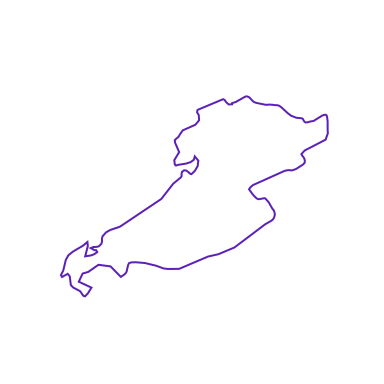 the border of Waterford, rotated 151°
{"feature_id": "IRL-1444", "entity_name": "Waterford", "entity_type": "County", "adm_level": 1, "iso_a3": "IRL", "parent_name": "Ireland", "parent_adm1": "", "projection": "natural_earth1", "projection_center": [-7.576, 52.152], "detail": "fine", "context": "isolated", "style": "outline", "palette": "violet", "viewbox_px": 384, "rotation_deg": 151, "n_neighbors": 0, "source": "natural_earth", "source_scale": "10m", "svg_char_len": 2206}
<svg xmlns="http://www.w3.org/2000/svg" viewBox="0 0 384 384"><g transform="rotate(151 192 192)"><path d="M337.3,153.8L337.6,155.5L337.8,158.9L338.6,160.5L342.2,166.0L343.1,169.3L339.8,177.5L340.4,180.7L346.9,180.7L346.9,182.9L342.8,185.6L335.3,193.8L330.8,196.6L325.0,197.6L313.3,197.9L307.7,199.0L309.3,195.3L316.6,187.5L310.8,185.4L307.6,185.0L304.0,185.4L304.0,187.5L305.5,188.4L306.2,189.5L306.8,190.6L307.7,192.0L305.0,191.7L301.7,190.1L299.6,189.7L296.4,190.6L294.6,192.5L293.4,194.8L291.8,196.6L286.6,198.4L281.8,198.4L271.9,196.6L222.2,200.8L204.3,208.4L194.6,210.2L193.4,211.0L192.4,212.8L191.0,214.4L188.4,214.8L186.6,213.5L185.5,211.1L184.8,208.9L183.9,207.9L179.4,209.0L174.5,211.9L171.3,216.3L172.3,221.8L174.8,219.3L178.8,218.8L183.6,219.8L191.3,222.6L193.2,222.9L193.7,224.3L192.1,228.4L183.9,233.1L182.9,243.3L182.0,245.6L179.9,246.3L177.2,246.7L175.1,248.0L170.2,250.4L156.4,249.2L151.0,251.3L148.8,256.0L148.9,259.4L147.3,261.1L119.8,258.1L118.9,256.8L118.5,253.7L117.4,250.7L114.4,249.3L113.9,250.3L110.1,249.5L99.9,249.6L98.2,249.4L97.0,248.4L96.0,247.0L94.6,241.5L93.9,240.3L92.6,238.8L85.1,232.4L81.7,230.8L79.2,229.2L77.9,228.1L75.1,226.4L73.9,225.1L72.8,222.8L69.9,214.1L68.2,210.5L64.8,206.4L60.6,203.5L59.7,202.5L59.6,199.1L59.0,197.8L57.2,197.0L54.0,196.2L52.7,195.7L51.3,195.2L40.9,195.7L39.3,195.4L37.8,194.9L37.1,193.8L37.8,191.3L39.2,187.9L43.3,180.5L44.7,177.5L49.8,173.0L72.9,173.7L75.4,173.0L78.0,172.0L78.0,170.7L77.6,168.1L77.6,166.6L78.0,165.0L79.2,163.0L81.5,162.2L89.8,161.7L92.6,162.1L94.5,162.6L96.5,164.1L98.3,164.9L100.9,165.6L135.3,168.5L138.9,167.7L140.8,166.7L140.2,161.5L139.7,158.8L139.0,156.4L138.6,155.2L138.1,154.3L137.2,153.4L135.9,152.9L131.7,151.5L131.0,150.8L129.9,145.9L129.8,138.7L129.4,136.1L129.7,134.3L130.4,132.2L132.6,129.8L134.5,128.8L136.4,128.4L143.6,128.3L181.8,122.9L199.1,124.8L209.4,127.8L240.5,131.0L250.6,136.5L254.0,139.0L259.1,144.9L267.6,152.7L275.2,157.8L279.1,159.8L281.5,160.3L282.6,159.6L283.5,158.9L287.6,154.3L288.5,153.6L290.1,152.9L292.1,152.5L295.4,152.3L299.3,166.4L309.1,173.7L321.5,172.4L327.2,173.7L334.5,168.4L326.3,157.1L332.2,153.8L336.2,152.6L337.3,153.8Z" fill="none" stroke="#5b21b6" stroke-width="2"/></g></svg>